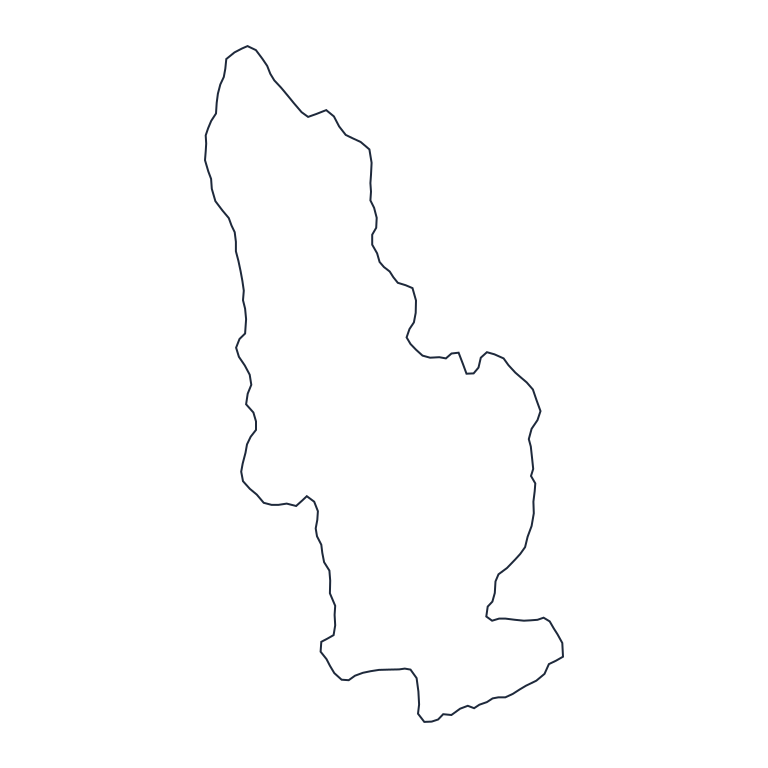 Espírito Santo do Dourado, Minas Gerais, Brazil
{"feature_id": "56859067B12687901957749", "entity_name": "Espírito Santo do Dourado", "entity_type": "district", "adm_level": 2, "iso_a3": "BRA", "parent_name": "Brazil", "parent_adm1": "Minas Gerais", "projection": "equal_earth", "projection_center": [-45.985, -21.998], "detail": "fine", "context": "isolated", "style": "outline", "palette": "slate", "viewbox_px": 768, "rotation_deg": 0, "n_neighbors": 0, "source": "geoboundaries", "source_scale": "gbopen_adm2", "svg_char_len": 2704}
<svg xmlns="http://www.w3.org/2000/svg" viewBox="0 0 768 768"><path d="M424.3,721.9L431.7,721.6L438.1,719.5L443.2,714.2L451.4,715.0L460.1,708.7L467.8,705.8L474.1,708.2L479.4,704.7L486.9,702.1L492.6,698.4L498.5,697.3L505.4,697.3L512.8,693.9L519.8,689.4L526.0,685.7L536.3,680.7L544.5,673.9L548.9,664.1L556.0,660.7L563.0,656.7L562.3,643.0L557.5,634.3L553.8,628.5L549.7,621.4L543.6,617.7L537.5,619.8L531.0,620.3L523.9,620.7L515.0,619.8L505.4,618.6L499.1,618.6L492.1,620.7L486.3,616.5L487.7,606.6L492.4,601.6L494.8,593.0L495.5,581.4L498.5,574.3L507.0,568.0L514.9,559.8L520.2,554.0L525.1,547.1L527.6,536.8L531.6,526.0L533.8,513.3L533.4,501.7L534.7,491.2L535.3,483.4L531.0,476.0L533.2,468.9L532.2,459.3L530.8,446.5L528.8,439.1L531.6,428.8L537.5,420.1L540.5,411.1L536.5,400.1L532.9,389.5L526.7,382.4L521.4,377.9L515.3,372.6L508.4,365.1L503.6,358.4L494.4,354.3L486.9,352.2L480.8,357.7L478.5,367.6L473.6,373.4L466.5,373.7L462.9,363.9L458.6,352.7L451.5,353.5L445.9,358.4L439.3,357.2L430.1,357.7L422.5,355.6L416.0,349.7L410.5,344.0L406.6,337.4L409.5,329.0L413.9,322.4L415.7,312.9L416.0,300.5L412.5,288.1L405.6,285.2L397.8,282.8L393.4,277.3L389.7,271.5L383.9,267.0L379.6,262.0L377.1,253.3L372.2,244.7L372.2,234.7L376.2,227.8L376.7,217.8L374.1,207.8L370.4,200.4L371.0,191.7L370.4,183.1L371.0,174.8L371.6,162.8L369.4,149.4L360.7,142.0L352.7,138.3L345.7,134.9L339.1,126.4L333.9,116.4L326.2,110.1L316.3,114.0L308.1,116.9L301.6,112.2L293.9,103.2L288.2,96.2L281.2,87.8L274.3,80.4L270.3,73.8L267.2,65.9L262.4,58.8L255.9,50.1L247.5,46.1L242.0,48.5L234.5,52.4L226.3,59.0L225.3,68.8L223.8,77.0L220.3,84.5L217.9,93.7L216.7,102.8L216.0,113.5L211.2,120.9L208.1,128.3L205.7,135.4L206.2,143.6L205.7,151.5L205.0,160.2L208.3,171.4L211.1,178.9L211.8,188.8L215.4,201.2L222.6,210.7L228.8,218.1L231.5,225.5L234.7,232.2L235.9,241.8L235.9,251.3L238.4,260.8L240.6,271.2L242.4,281.0L243.8,290.7L243.0,300.2L245.1,308.7L246.1,319.2L245.1,333.5L239.5,339.0L236.1,347.7L238.9,356.8L244.8,365.5L249.7,374.7L251.3,384.8L247.7,393.7L246.1,404.3L253.4,412.5L256.0,421.4L256.0,429.9L250.7,436.7L247.0,444.4L245.5,452.8L242.7,463.5L241.2,471.7L243.0,481.2L249.8,488.8L256.8,494.6L263.7,502.8L271.7,504.9L278.2,504.9L286.7,503.6L296.1,506.0L301.9,500.8L306.8,496.2L314.2,501.7L317.9,511.2L317.3,519.9L315.7,528.4L317.0,536.3L321.3,544.7L322.3,552.9L324.1,562.2L329.4,570.6L330.2,580.6L329.9,593.3L335.2,605.8L334.6,614.9L335.2,625.3L333.6,635.1L326.9,638.9L321.3,641.8L320.6,651.7L326.5,659.1L329.9,665.7L334.3,673.1L341.6,679.7L348.7,680.2L355.0,675.7L362.9,672.8L370.6,671.2L378.9,669.9L389.2,669.6L399.1,669.4L404.8,668.6L410.5,669.6L416.6,678.1L418.4,691.5L419.1,704.5L418.0,713.7L424.3,721.9Z" fill="none" stroke="#1e293b" stroke-width="2"/></svg>